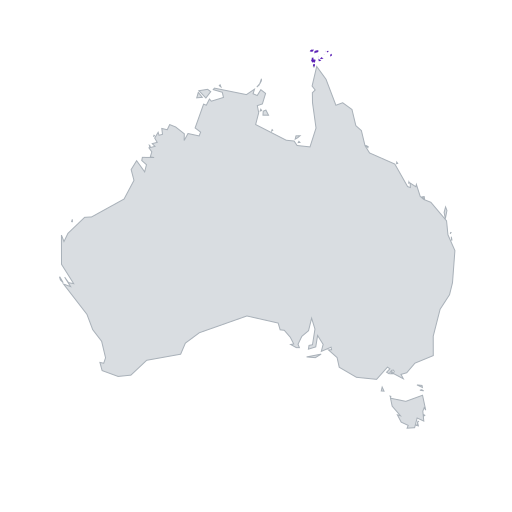 Torres Strait Island, Queensland, Australia shown in context, rotated 351°
{"feature_id": "25037944B93306496735140", "entity_name": "Torres Strait Island", "entity_type": "district", "adm_level": 2, "iso_a3": "AUS", "parent_name": "Australia", "parent_adm1": "Queensland", "projection": "robinson", "projection_center": [142.755, -9.902], "detail": "fine", "context": "in_parent", "style": "filled", "palette": "violet", "viewbox_px": 512, "rotation_deg": 351, "n_neighbors": 0, "source": "geoboundaries", "source_scale": "gbopen_adm2", "svg_char_len": 5556}
<svg xmlns="http://www.w3.org/2000/svg" viewBox="0 0 512 512"><g transform="rotate(351 256 256)"><path d="M352.8,92.4L358.5,119.6L365.6,118.2L373.7,126.3L375.0,142.9L379.7,148.6L380.9,164.0L384.3,172.0L407.5,186.9L416.6,211.2L419.2,212.5L419.7,208.1L424.7,212.6L425.6,210.4L427.5,222.8L430.5,226.4L437.1,230.3L449.7,251.1L448.9,265.1L453.3,281.8L445.9,313.1L441.1,324.5L429.5,337.4L418.5,362.9L415.5,382.1L396.2,386.7L386.6,394.9L380.7,395.6L382.3,400.3L373.1,393.4L374.5,391.8L373.9,390.2L372.2,390.1L369.0,393.1L366.8,391.2L370.6,388.4L368.5,386.3L355.8,396.7L336.2,391.5L320.8,378.9L320.2,369.0L312.9,360.1L316.0,360.4L315.9,357.8L305.6,360.4L308.5,353.8L304.4,344.1L300.8,355.1L293.2,356.2L294.4,352.6L297.9,352.5L302.8,337.4L301.2,326.1L296.2,338.0L288.7,342.5L283.7,349.7L284.5,353.3L281.5,352.8L276.4,348.8L279.5,348.8L277.2,341.7L272.3,333.8L268.3,332.7L267.4,325.7L237.6,313.8L188.1,322.9L172.6,331.0L166.2,341.2L131.7,341.9L113.8,354.1L101.0,353.4L86.1,345.1L85.2,336.7L88.8,338.1L91.5,333.0L90.2,316.1L83.2,303.2L79.9,287.2L61.5,253.6L68.1,257.2L63.7,247.0L66.7,253.0L71.6,254.8L62.6,233.8L67.1,204.9L68.6,211.7L73.8,204.2L92.8,191.0L99.7,191.7L134.6,179.1L147.3,162.2L146.2,151.1L153.0,143.2L159.2,155.5L162.1,148.7L158.1,143.8L159.2,140.8L170.8,142.8L167.1,141.6L169.4,136.8L167.2,132.5L173.4,131.9L171.1,128.8L176.2,128.3L174.4,123.7L178.7,118.5L179.1,121.6L182.7,121.2L182.9,115.3L188.1,117.4L191.3,112.7L196.8,116.0L204.3,124.1L203.1,130.7L208.0,124.4L218.6,128.5L220.7,125.0L215.9,120.0L228.0,97.8L230.5,99.3L234.6,93.7L236.1,96.1L248.7,94.3L248.3,89.0L239.8,85.0L241.2,83.7L271.8,95.1L280.6,91.0L278.5,95.3L282.3,97.7L286.8,92.5L290.9,96.9L286.1,106.8L280.8,107.7L281.1,114.9L276.2,126.1L304.0,146.4L311.6,148.4L313.9,153.3L326.4,156.7L335.3,139.0L335.8,113.3L337.2,103.6L340.4,101.3L338.0,96.9L345.6,78.3L352.8,92.4ZM366.6,417.5L381.2,423.0L398.7,419.6L399.5,434.8L398.4,432.1L396.5,435.3L395.9,445.3L389.8,441.2L385.8,450.4L378.3,449.7L379.8,447.1L373.4,442.8L370.8,435.0L373.7,436.4L367.0,425.6L366.6,417.5ZM225.5,83.8L234.3,83.8L237.0,86.6L231.2,92.1L225.5,83.8ZM290.2,363.6L305.0,363.1L298.7,365.7L290.2,363.6ZM288.6,113.4L290.4,118.9L284.9,118.0L285.8,114.1L288.6,113.4ZM448.9,248.7L448.6,242.4L450.9,237.2L451.7,240.9L448.9,248.7ZM394.8,408.5L399.7,409.8L399.8,411.9L394.8,408.5ZM224.6,85.4L227.8,90.9L222.2,90.5L224.6,85.4ZM361.3,409.5L358.6,408.9L360.1,405.2L361.3,409.5ZM318.3,144.1L315.7,145.7L313.0,146.7L314.3,143.6L318.3,144.1ZM61.4,252.2L59.1,249.1L58.7,246.2L59.0,246.1L61.4,252.2ZM398.7,414.0L400.5,415.4L396.9,414.2L398.7,414.0ZM429.4,223.6L431.4,223.6L431.4,226.4L429.4,223.6ZM381.5,163.8L383.9,165.5L383.5,166.4L381.5,163.8ZM389.6,446.7L389.8,449.2L387.9,448.4L389.6,446.7ZM451.9,267.5L452.0,270.9L451.7,270.9L451.9,267.5ZM247.8,83.5L246.4,82.0L247.3,81.3L247.8,83.5ZM288.7,83.8L286.6,86.6L289.1,81.8L288.7,83.8ZM452.3,263.3L451.3,264.5L452.0,263.2L452.3,263.3ZM292.2,134.4L291.0,135.0L291.7,133.7L292.2,134.4ZM284.3,113.2L282.8,113.5L283.7,111.8L284.3,113.2ZM80.3,191.1L80.0,193.4L79.3,193.2L80.3,191.1ZM343.0,77.0L342.9,78.9L342.3,77.5L343.0,77.0ZM372.2,391.0L372.5,392.2L372.0,391.8L372.2,391.0ZM286.1,87.4L283.2,89.3L286.1,86.9L286.1,87.4ZM174.5,121.0L173.5,122.3L174.1,120.8L174.5,121.0ZM390.6,444.9L389.7,445.4L390.2,444.5L390.6,444.9ZM317.1,150.7L315.5,150.6L316.3,149.5L317.1,150.7ZM168.8,131.0L168.1,131.7L168.0,130.0L168.8,131.0ZM397.8,439.7L396.5,440.4L396.9,439.0L397.8,439.7ZM344.0,71.9L343.8,73.2L343.0,72.5L344.0,71.9ZM371.4,392.6L372.7,393.7L370.6,393.4L371.4,392.6ZM410.4,186.7L409.3,186.8L409.7,185.3L410.4,186.7ZM418.8,207.9L418.2,207.9L418.6,206.8L418.8,207.9ZM367.2,415.7L366.9,416.6L366.5,415.4L367.2,415.7Z" fill="#d9dde1" stroke="#a8b0b8" stroke-width="1"/><path d="M344.2,72.8L344.2,72.7L344.3,72.5L344.4,72.4L344.5,72.2L344.4,72.2L344.3,71.9L344.2,71.8L344.0,71.7L343.9,71.7L343.7,71.6L343.4,71.7L343.2,71.7L343.1,71.9L343.1,72.0L343.0,72.3L342.9,72.4L342.9,72.5L343.0,72.6L343.1,72.8L343.2,73.0L343.2,72.9L343.3,72.9L343.7,73.0L343.8,73.2L344.0,73.0L344.1,72.9L344.2,72.8ZM348.0,63.3L347.9,63.2L347.7,63.2L347.4,63.1L347.2,63.2L347.2,63.3L347.0,63.5L347.3,63.7L347.5,63.8L347.8,63.8L348.0,63.8L348.4,63.7L348.5,63.7L348.8,63.4L349.0,63.3L349.0,63.2L348.7,63.1L348.4,63.1L348.2,63.2L348.1,63.3L348.0,63.3ZM342.2,72.0L342.3,72.0L342.2,72.0L342.3,72.0L342.4,72.3L342.5,72.3L342.6,72.2L342.6,72.3L342.7,72.2L342.8,72.0L342.9,71.9L343.0,71.5L342.9,71.3L342.9,71.2L342.7,71.0L342.4,71.1L342.2,71.1L342.1,71.3L341.9,71.5L342.0,71.7L341.9,71.7L341.9,71.8L342.0,71.8L342.1,72.0L342.2,71.9L342.3,72.0L342.2,72.0ZM342.3,62.0L342.5,62.1L342.8,62.2L343.0,62.2L343.4,62.2L343.5,62.2L343.8,62.2L344.0,61.9L343.9,61.9L343.7,61.8L343.4,61.9L343.5,61.8L343.4,61.8L343.3,61.7L343.2,61.6L342.9,61.7L342.8,61.8L342.6,61.9L342.4,61.9L342.3,62.0ZM343.2,76.2L343.1,76.3L343.1,76.5L343.0,76.4L342.9,76.5L342.9,76.8L343.0,76.8L343.0,76.7L343.3,76.4L343.3,76.2L343.2,76.2L343.2,76.2ZM342.8,69.8L342.8,70.0L342.9,69.9L343.0,69.7L343.0,69.8L343.0,69.7L342.9,69.7L342.7,69.7L342.7,69.8L342.8,69.8ZM358.7,65.5L358.8,65.7L358.8,65.4L358.7,65.4L358.7,65.5ZM361.6,69.3L361.6,69.2L361.4,69.3L361.4,69.5L361.6,69.4L361.6,69.3ZM346.3,63.7L346.3,63.9L346.5,63.8L346.5,63.7L346.4,63.7L346.3,63.7ZM348.8,69.2L348.7,69.1L348.8,69.2L348.8,69.2ZM355.0,67.4L355.0,67.5L355.0,67.4L355.0,67.4ZM349.2,72.7L349.3,72.7L349.2,72.6L349.2,72.7ZM361.2,69.6L361.3,69.7L361.2,69.6L361.2,69.6ZM351.6,70.9L351.8,70.9L351.7,70.8L351.6,70.9ZM356.4,64.7L356.5,64.7L356.4,64.7L356.4,64.7Z" fill="#8b5cf6" stroke="#5b21b6" stroke-width="1.5"/></g></svg>